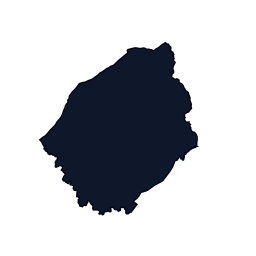 Si Chomphu, Khon Kaen, Thailand, rotated 217°
{"feature_id": "78962969B87234528247492", "entity_name": "Si Chomphu", "entity_type": "district", "adm_level": 2, "iso_a3": "THA", "parent_name": "Thailand", "parent_adm1": "Khon Kaen", "projection": "robinson", "projection_center": [102.106, 16.757], "detail": "fine", "context": "isolated", "style": "filled", "palette": "ink", "viewbox_px": 256, "rotation_deg": 217, "n_neighbors": 0, "source": "geoboundaries", "source_scale": "gbopen_adm2", "svg_char_len": 5705}
<svg xmlns="http://www.w3.org/2000/svg" viewBox="0 0 256 256"><g transform="rotate(217 128 128)"><path d="M149.6,218.6L150.2,216.3L150.7,215.8L150.9,215.2L151.9,210.4L153.0,208.5L153.7,205.6L154.0,205.1L155.2,204.7L156.0,204.7L157.3,204.0L158.8,203.4L160.5,202.1L162.5,201.8L163.5,201.3L164.5,200.5L165.2,199.5L166.0,198.8L168.2,197.5L169.4,197.0L170.9,195.9L175.1,190.7L175.3,190.2L175.2,189.7L174.9,189.1L174.2,188.9L173.7,188.4L173.5,188.0L173.5,187.1L176.2,175.9L177.0,170.2L177.4,169.2L179.0,166.6L179.4,164.8L180.8,162.4L182.1,157.8L183.5,154.9L183.7,152.6L186.1,145.1L187.8,142.5L189.8,138.8L191.5,137.0L193.3,134.5L193.5,133.8L193.4,128.7L194.1,123.3L194.0,118.3L193.8,117.7L193.0,116.7L192.7,115.8L192.8,114.7L192.7,114.0L192.6,113.7L191.8,113.1L191.4,112.2L191.4,108.7L191.2,107.7L190.5,106.3L189.7,102.9L188.7,99.9L188.1,97.5L188.0,96.0L188.0,94.3L188.3,89.7L187.9,87.6L187.9,85.7L188.8,79.6L189.0,74.7L189.3,72.1L190.5,68.9L191.3,65.5L189.2,65.2L182.5,62.1L182.7,61.2L182.3,60.8L181.5,61.4L181.2,61.1L181.2,60.9L180.8,60.7L180.4,60.2L178.9,60.2L178.5,60.5L177.7,60.4L177.1,60.2L176.6,59.6L176.3,59.4L174.7,59.7L174.2,59.9L173.7,61.0L173.4,61.2L171.7,61.2L170.8,61.9L169.7,61.6L168.6,61.6L168.1,61.9L167.3,62.7L167.0,62.7L166.3,61.9L165.9,60.7L165.4,60.0L165.7,58.9L165.6,57.4L165.2,56.5L163.9,55.6L163.1,53.8L162.5,53.3L162.1,53.3L161.8,53.5L161.4,54.5L160.6,55.2L160.4,56.2L160.1,56.7L159.2,57.5L158.5,57.6L157.8,58.0L156.3,57.0L155.4,56.7L155.4,56.3L155.9,55.8L156.1,55.1L156.1,54.7L155.7,54.2L154.3,54.6L153.3,53.9L152.9,53.8L152.1,54.0L151.0,53.7L150.5,53.3L150.1,53.5L149.9,53.3L149.6,52.6L150.1,51.7L150.1,51.2L149.3,47.7L148.9,47.3L147.4,47.1L146.5,47.8L145.3,47.3L144.2,47.8L143.4,47.5L142.4,47.7L142.0,48.1L142.5,50.1L142.1,50.5L141.1,50.2L140.3,49.7L140.2,49.5L140.4,48.7L140.2,48.0L139.8,48.0L138.3,48.9L136.8,49.1L136.2,48.6L135.2,46.6L134.4,46.5L133.7,46.0L132.7,46.3L131.9,47.3L130.9,47.8L129.9,45.7L129.4,45.1L127.7,42.4L126.4,43.0L125.7,43.0L125.4,43.4L124.8,43.4L124.4,42.6L124.5,41.7L124.5,40.6L124.3,40.4L123.8,40.5L123.4,39.8L123.1,39.7L123.2,38.8L122.4,38.2L120.7,37.9L119.7,36.8L119.0,36.9L118.4,37.3L117.2,37.6L117.0,37.8L117.1,38.4L116.8,40.1L115.5,40.4L115.0,41.0L114.9,41.4L115.3,42.7L115.7,43.6L115.5,44.5L116.1,44.7L116.5,45.7L116.4,46.0L115.3,46.4L114.0,46.1L112.0,45.2L109.9,45.0L109.0,44.6L108.6,44.4L107.8,42.6L106.4,41.8L106.0,42.0L104.9,43.0L102.6,44.5L101.9,44.7L101.1,44.5L100.4,44.8L99.9,44.1L99.6,42.1L99.1,42.0L98.6,42.4L98.4,42.8L98.5,43.1L98.1,43.7L97.8,43.8L96.6,43.4L96.0,43.5L95.7,44.5L96.2,46.4L96.1,47.2L93.5,49.9L93.1,50.2L92.6,50.1L91.9,50.3L91.6,50.8L91.5,51.2L92.4,52.4L92.7,52.3L94.2,53.9L93.7,54.5L92.9,54.8L92.1,56.1L91.9,56.1L90.6,55.2L89.7,55.0L88.7,55.3L87.4,56.5L86.1,55.8L85.4,56.0L84.7,57.7L84.9,58.2L85.6,58.8L85.8,59.2L85.7,60.6L84.1,61.6L82.8,62.2L82.5,62.2L81.6,61.2L80.7,61.2L79.4,60.3L79.1,60.0L79.1,59.5L78.4,58.8L77.5,58.7L76.4,59.5L76.1,60.0L76.2,60.3L75.3,62.6L74.9,62.7L74.9,72.4L79.4,72.4L79.6,73.7L78.5,77.4L78.5,80.7L78.9,83.6L78.6,84.9L75.8,88.6L75.0,90.0L72.4,98.5L68.6,106.5L68.5,118.2L69.0,123.6L70.8,130.1L70.3,131.0L69.9,131.2L69.8,131.7L69.3,132.4L69.9,133.3L69.6,133.9L70.0,134.9L69.7,136.6L68.5,136.3L68.2,135.6L67.5,135.9L67.0,135.3L66.7,135.5L66.0,135.7L65.1,135.4L64.8,135.5L64.8,135.8L64.5,135.9L64.5,136.3L65.4,137.6L65.3,138.1L65.8,138.5L65.7,138.8L65.9,138.9L66.0,139.3L66.8,139.7L66.7,140.3L66.9,141.0L66.7,141.2L66.8,141.4L66.6,141.8L66.2,141.8L66.1,142.1L66.5,142.9L67.0,143.2L67.1,143.4L67.0,143.5L66.9,143.4L66.4,143.7L66.5,144.0L66.2,144.4L66.4,144.7L66.2,145.0L66.3,145.3L65.9,145.3L66.0,146.0L65.7,146.1L65.6,146.4L66.4,147.1L66.2,147.4L65.8,147.5L66.0,147.8L65.8,147.9L65.7,148.2L65.3,148.2L65.0,148.5L65.0,149.2L64.6,149.7L64.8,149.9L64.6,150.4L65.0,150.9L64.5,151.0L64.8,151.3L64.3,151.5L64.3,151.8L63.8,152.1L63.5,152.0L63.4,152.4L63.2,152.5L63.4,153.0L62.9,153.0L62.8,153.4L62.5,153.4L62.5,153.6L62.9,153.5L63.0,153.7L62.8,153.9L62.5,153.8L62.4,154.5L61.9,154.9L62.2,154.9L62.6,154.6L62.5,155.0L62.7,155.7L63.3,156.2L65.1,159.0L65.8,160.5L66.4,160.9L67.5,162.5L70.0,164.0L70.5,163.9L71.8,164.5L72.2,164.5L73.8,163.8L75.3,163.8L75.7,164.1L76.4,164.3L77.0,164.7L77.4,165.2L78.0,165.3L78.1,166.0L79.4,166.5L80.3,167.0L80.2,168.3L82.3,168.7L82.9,169.5L85.0,167.4L85.5,167.8L86.0,167.8L87.9,168.6L88.7,169.8L88.7,170.8L88.8,170.9L89.4,170.8L90.1,171.1L90.6,172.6L91.4,173.3L91.3,173.9L91.1,174.5L90.6,174.9L90.5,175.5L89.2,177.5L89.5,178.9L89.7,179.2L89.5,179.4L89.5,179.8L89.4,179.9L89.5,180.2L89.2,181.0L89.2,182.0L90.3,182.7L90.5,183.1L91.3,183.8L91.3,184.3L91.5,184.7L93.0,186.0L95.3,187.2L95.4,187.7L96.2,188.3L96.3,188.9L96.6,189.4L99.0,190.9L99.8,191.3L100.7,192.1L101.6,192.6L104.4,192.5L105.2,192.6L106.3,193.5L106.5,193.4L106.9,193.6L107.3,193.4L107.6,193.8L108.5,193.9L108.6,194.5L109.2,194.9L109.5,194.8L110.0,194.8L110.3,195.3L111.0,195.2L111.3,195.5L112.0,195.6L112.8,195.4L112.9,195.1L113.2,195.0L113.6,195.2L114.0,195.0L114.6,195.0L115.4,195.9L115.7,196.5L116.7,197.1L117.1,196.7L118.0,196.8L118.4,196.7L118.9,196.2L119.0,195.6L119.5,195.4L120.0,194.9L121.7,195.0L123.2,194.6L123.6,194.7L124.3,195.8L125.0,196.6L125.2,197.1L125.3,198.3L124.9,199.3L125.0,199.8L125.8,200.5L125.7,200.7L125.9,201.0L127.1,201.8L127.7,201.9L128.6,203.1L128.6,203.8L129.2,204.8L129.6,207.6L129.9,208.7L130.7,209.1L131.7,209.2L131.9,209.1L132.6,209.3L133.1,210.9L133.5,211.2L133.4,211.4L134.0,211.6L134.3,212.3L135.2,212.4L135.2,212.8L135.5,212.9L135.6,214.2L138.1,215.5L138.4,215.2L139.3,215.1L139.8,215.5L140.4,215.2L140.3,214.9L140.6,214.9L141.0,215.4L141.7,217.4L142.6,218.3L144.8,218.4L145.8,219.1L146.3,219.2L147.4,218.5L149.6,218.6Z" fill="#0f172a" stroke="#020617" stroke-width="1.5"/></g></svg>